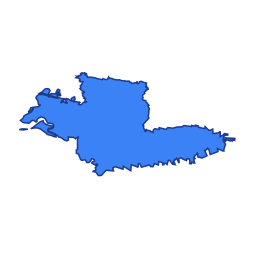 Feni, Chittagong, Bangladesh (Equal Earth projection), rotated 96°
{"feature_id": "16705992B83268326466345", "entity_name": "Feni", "entity_type": "district", "adm_level": 2, "iso_a3": "BGD", "parent_name": "Bangladesh", "parent_adm1": "Chittagong", "projection": "equal_earth", "projection_center": [91.37, 23.021], "detail": "fine", "context": "isolated", "style": "filled", "palette": "blue", "viewbox_px": 256, "rotation_deg": 96, "n_neighbors": 0, "source": "geoboundaries", "source_scale": "gbopen_adm2", "svg_char_len": 5920}
<svg xmlns="http://www.w3.org/2000/svg" viewBox="0 0 256 256"><g transform="rotate(96 128 128)"><path d="M178.3,150.7L177.7,149.3L172.3,145.3L172.2,137.9L169.3,138.9L167.8,136.7L169.5,128.6L166.5,128.7L170.2,120.8L164.1,120.9L165.9,114.2L165.6,113.9L162.4,113.9L162.7,112.0L165.6,110.6L162.5,102.7L164.0,101.5L163.9,99.1L160.6,98.0L161.6,94.0L158.3,93.9L158.6,90.2L161.0,89.7L160.7,88.4L159.5,88.4L159.2,86.4L160.2,85.3L156.0,84.5L155.8,83.2L159.4,79.9L159.5,77.3L158.4,78.1L158.2,77.8L157.8,78.0L157.9,78.7L157.6,78.7L157.9,79.2L157.3,79.1L157.3,79.4L156.2,79.2L155.3,78.1L154.8,78.5L154.4,78.3L154.5,77.8L153.7,77.0L153.8,76.6L153.2,76.4L155.7,74.9L157.1,73.8L157.0,73.5L153.1,74.3L152.1,72.1L152.8,70.5L153.2,70.3L154.3,66.4L152.5,66.3L152.3,64.0L154.0,63.1L156.9,63.0L157.1,61.5L155.1,60.8L156.1,59.2L155.8,58.0L152.4,59.4L151.3,58.0L150.2,59.6L145.9,56.3L149.5,55.5L150.1,51.1L147.3,46.5L142.2,49.4L142.1,48.4L140.8,47.6L140.9,47.3L139.8,46.9L140.6,45.8L140.6,45.4L145.8,43.5L142.0,36.0L139.2,36.9L140.9,31.4L140.9,30.2L139.2,30.4L133.9,29.3L131.9,31.1L131.9,30.4L130.8,29.6L130.0,32.2L129.9,32.2L130.0,31.5L129.7,31.5L130.0,31.0L129.7,30.3L129.1,29.6L129.4,29.4L129.0,29.0L129.4,28.3L129.7,28.5L129.2,26.5L129.9,26.4L130.3,24.9L129.6,24.1L129.8,23.7L129.4,23.9L129.7,23.3L129.3,22.3L129.1,22.4L129.1,21.0L128.5,21.6L127.8,20.5L127.2,20.4L127.1,20.0L127.8,32.1L126.0,31.7L125.3,30.5L124.5,28.0L123.6,28.2L123.5,31.8L124.5,31.9L127.0,35.4L122.3,35.8L122.1,36.1L123.5,38.0L123.9,39.5L123.9,40.2L124.4,40.5L124.4,42.3L124.6,42.9L120.2,43.6L122.0,46.6L120.8,48.8L118.5,51.4L120.6,51.6L119.9,58.1L118.6,58.2L118.2,61.2L119.2,61.1L118.8,65.0L119.9,64.9L119.7,72.7L121.1,74.2L121.9,79.5L123.5,83.3L123.4,88.4L125.4,90.0L124.4,97.1L126.2,96.9L125.9,101.0L126.8,102.4L128.8,102.8L129.7,102.7L129.3,103.4L129.3,105.2L128.4,105.7L128.4,108.1L127.7,109.5L129.7,110.0L129.2,110.9L128.8,110.7L127.9,111.0L127.6,111.7L126.3,112.4L124.1,112.6L124.0,113.4L123.4,113.6L115.8,108.2L114.8,109.1L109.6,108.9L108.9,109.3L106.9,108.6L104.1,110.5L103.3,109.5L102.2,110.6L102.1,111.1L101.5,111.3L100.1,112.9L98.9,113.2L98.5,116.3L97.5,116.7L96.4,116.2L94.7,116.9L93.8,116.9L91.9,114.9L90.2,115.5L89.5,114.1L88.2,114.0L88.0,112.7L87.2,111.9L86.0,112.5L86.1,113.7L85.2,114.6L84.8,113.7L83.5,114.2L83.2,114.7L81.4,114.3L81.0,117.3L80.3,119.0L80.3,120.4L80.7,121.2L82.1,121.6L82.9,122.5L82.6,123.6L81.3,123.4L81.1,123.8L81.4,124.2L81.9,124.1L82.6,126.7L83.2,127.6L82.8,129.4L82.4,129.6L82.3,131.0L81.4,131.5L81.3,132.0L81.7,135.1L81.4,135.9L81.7,138.5L80.9,141.8L81.3,142.9L81.1,147.6L80.4,148.8L80.5,151.3L79.9,151.8L80.1,152.3L79.4,152.7L81.7,153.4L82.1,154.7L82.0,155.9L81.5,158.1L82.6,158.7L82.1,164.3L81.7,165.0L81.4,167.8L81.3,170.4L81.7,173.4L80.5,174.0L80.2,175.4L79.8,175.8L79.2,175.7L78.6,174.8L78.2,175.2L78.1,175.7L78.7,176.5L77.7,176.8L77.6,177.1L78.0,177.5L78.1,179.9L78.5,179.8L79.1,180.8L79.6,180.4L79.4,180.1L79.7,179.8L80.6,180.7L80.9,181.7L81.1,181.1L81.3,182.6L82.1,183.2L82.0,184.5L82.5,184.0L83.4,185.0L83.5,182.9L84.5,180.9L85.3,180.8L86.2,181.3L86.5,181.1L86.4,180.4L87.0,180.3L86.7,177.7L89.8,178.7L90.9,179.8L93.2,179.2L93.8,179.9L95.9,177.6L96.4,175.3L97.2,175.2L97.6,175.7L97.9,177.2L99.4,176.5L100.5,176.5L101.6,175.6L102.1,174.5L103.0,175.0L103.1,173.9L103.4,173.4L105.7,173.7L106.1,172.1L106.4,172.0L107.3,175.1L109.4,176.6L109.9,178.1L109.9,179.2L109.4,179.8L107.6,178.4L107.2,178.8L107.5,180.8L107.0,182.6L107.6,184.4L107.5,185.1L106.9,185.2L104.9,183.6L102.8,184.3L102.6,184.9L104.6,187.5L107.0,186.7L107.0,187.3L105.5,190.3L105.1,192.5L105.6,192.8L107.8,192.5L109.2,191.2L109.7,191.3L109.7,192.5L108.8,193.6L108.5,195.1L109.8,196.7L109.3,197.4L108.6,197.2L107.7,196.3L106.5,193.9L106.0,193.7L105.6,194.1L105.6,197.5L105.1,200.0L105.6,200.7L105.8,201.6L104.9,209.6L105.4,209.5L105.5,209.8L104.7,210.6L103.6,215.6L104.0,220.1L105.6,221.8L107.5,222.8L110.7,220.4L113.9,219.5L114.3,217.7L114.7,217.7L116.2,219.6L117.3,224.3L118.9,224.2L122.1,225.7L126.6,232.5L129.6,233.6L131.7,235.8L133.4,233.0L133.6,232.0L133.6,226.9L131.0,224.7L130.4,223.5L130.3,222.4L131.6,220.2L131.5,219.6L131.0,219.2L129.4,219.3L128.5,219.0L126.7,216.9L126.0,214.9L126.5,212.8L127.6,211.2L131.4,208.4L131.6,204.1L132.1,203.0L133.0,202.2L135.2,202.2L136.9,203.9L137.3,206.5L138.4,207.1L139.4,206.9L139.9,206.1L140.2,203.9L141.5,199.7L143.4,196.8L144.3,195.9L144.6,193.3L146.4,190.5L147.0,188.8L147.1,187.4L146.7,186.4L146.0,186.0L143.4,186.6L143.0,181.2L144.3,179.1L142.7,177.9L142.6,177.0L142.3,176.6L144.7,177.0L152.8,176.2L152.9,175.9L154.2,176.1L155.3,177.1L158.6,176.7L159.1,174.6L164.4,171.8L165.0,170.3L164.2,167.9L164.3,167.1L166.7,165.2L166.5,163.6L165.7,162.4L164.6,161.6L162.5,161.0L162.4,159.7L163.2,158.1L164.2,157.8L165.9,160.2L166.7,160.3L168.6,156.1L167.1,155.8L167.0,155.5L167.3,154.7L168.0,154.3L170.9,156.4L172.9,155.5L173.6,156.1L174.5,158.1L175.0,158.2L175.2,155.4L178.4,152.6L178.1,152.0L178.3,150.7ZM144.4,198.6L143.1,199.0L142.7,199.7L140.8,204.0L140.3,206.8L139.3,207.7L137.2,207.4L136.5,206.6L136.1,204.1L135.2,203.3L134.0,202.9L133.7,206.9L132.4,211.2L131.3,212.6L129.7,213.1L130.1,214.4L131.1,216.1L137.8,223.1L138.8,224.7L137.6,220.6L137.5,217.4L138.3,214.6L141.5,209.2L142.9,207.5L143.4,203.6L144.4,200.3L144.4,198.6ZM103.4,211.2L99.0,209.4L97.7,210.4L97.3,211.7L97.4,213.3L98.0,214.7L100.9,217.0L102.5,219.4L102.5,215.8L103.4,211.2ZM103.6,209.9L105.0,202.9L104.9,201.9L104.3,201.3L101.8,202.3L99.9,202.0L99.6,201.6L99.7,200.2L102.7,198.6L102.3,198.3L100.2,199.7L97.3,199.9L96.8,201.6L97.5,202.4L99.0,202.7L99.8,203.3L101.6,203.2L101.8,205.4L101.6,207.3L103.0,209.7L103.6,209.9ZM118.1,226.8L120.5,227.5L121.8,228.5L122.4,228.5L122.8,227.9L122.1,226.6L120.8,225.7L118.8,224.7L117.4,224.7L118.1,226.8ZM139.7,227.4L139.7,230.8L140.0,233.4L141.0,236.0L140.8,231.7L139.7,227.4ZM103.0,199.1L100.9,200.4L100.8,201.1L101.7,201.1L103.3,199.9L103.0,199.1Z" fill="#3b82f6" stroke="#1e3a8a" stroke-width="1.5"/></g></svg>